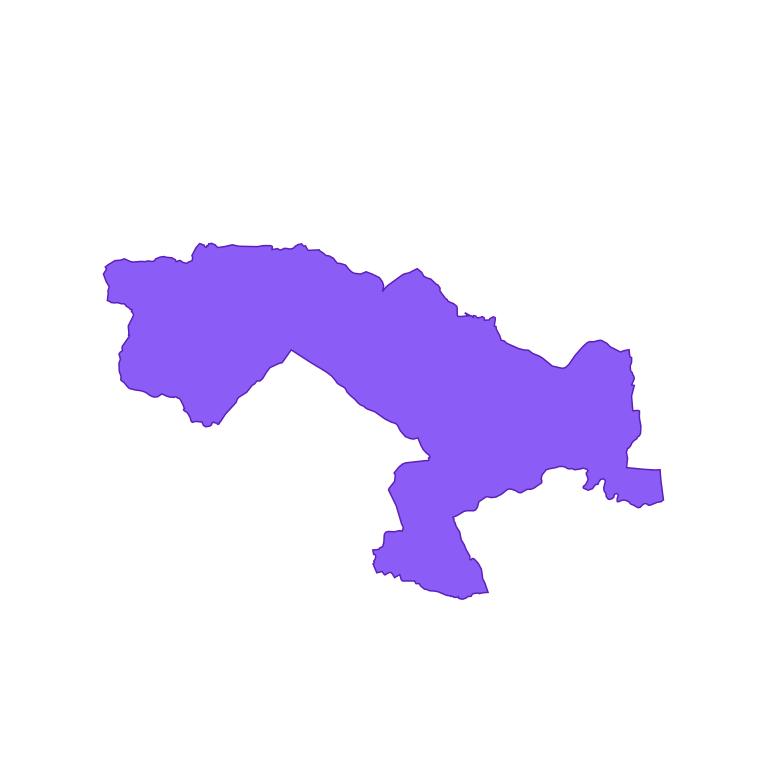 the district of Motru, Gorj, Romania, rotated 303°
{"feature_id": "2599482B51668804441842", "entity_name": "Motru", "entity_type": "district", "adm_level": 2, "iso_a3": "ROU", "parent_name": "Romania", "parent_adm1": "Gorj", "projection": "albers", "projection_center": [22.98, 44.823], "detail": "fine", "context": "isolated", "style": "filled", "palette": "violet", "viewbox_px": 768, "rotation_deg": 303, "n_neighbors": 0, "source": "geoboundaries", "source_scale": "gbopen_adm2", "svg_char_len": 6163}
<svg xmlns="http://www.w3.org/2000/svg" viewBox="0 0 768 768"><g transform="rotate(303 384 384)"><path d="M439.0,681.5L454.1,668.6L462.5,662.2L459.9,658.9L453.6,647.7L446.0,633.0L454.4,628.7L458.7,624.5L462.6,623.3L463.5,624.1L466.3,624.5L469.7,624.0L472.9,624.6L475.7,625.8L477.7,625.5L479.6,626.4L482.4,626.0L488.7,622.3L494.7,616.6L500.5,613.0L500.3,611.6L497.1,607.2L508.7,598.2L519.1,594.7L518.1,592.2L524.8,591.0L526.6,589.2L527.2,587.7L528.6,586.2L529.0,584.4L529.8,583.3L533.2,580.7L537.1,579.8L541.0,577.3L540.8,575.3L546.3,570.8L542.3,566.8L539.6,564.8L538.4,553.2L539.5,548.9L539.0,542.5L538.0,540.9L533.5,536.7L531.5,533.4L529.2,531.9L523.7,530.4L512.0,528.7L501.0,528.4L497.2,527.4L495.5,526.4L494.1,524.6L490.7,515.4L492.1,502.7L491.9,498.5L490.6,492.1L491.0,486.8L488.7,482.6L487.0,477.5L485.0,464.8L485.6,461.2L484.5,458.4L487.6,454.7L491.0,448.6L493.2,446.6L492.7,444.9L499.3,441.9L500.3,440.9L499.8,439.1L496.8,437.3L494.8,437.1L492.2,433.4L494.0,432.1L494.1,429.8L492.2,428.5L490.3,426.1L490.9,423.9L490.4,422.1L489.9,421.7L488.5,422.4L488.7,420.4L488.3,419.2L487.9,413.6L487.6,413.6L487.0,417.4L482.2,411.4L481.1,409.1L481.4,408.1L487.6,404.0L488.9,402.4L489.3,397.9L488.6,395.8L488.4,392.2L489.2,391.0L489.3,388.8L492.2,381.0L493.2,379.6L494.9,378.9L496.4,375.2L496.1,373.5L497.5,366.0L496.3,362.0L496.1,358.5L498.2,354.7L498.8,349.0L490.9,344.5L487.6,341.2L485.5,340.0L468.4,333.4L463.6,332.5L460.6,332.5L465.4,330.7L466.7,329.6L468.9,326.9L470.7,322.1L469.8,314.7L468.4,307.9L463.4,304.5L460.5,298.3L460.4,295.7L461.1,291.9L462.8,287.0L461.3,281.6L459.8,279.0L461.9,273.0L461.6,268.6L460.1,265.0L460.6,263.0L460.7,257.9L461.2,256.6L454.9,247.8L454.9,247.0L457.1,242.9L455.8,241.3L456.7,238.6L454.1,236.0L450.9,234.4L449.0,234.2L447.2,233.0L445.9,231.5L444.2,227.6L442.8,225.9L441.6,225.6L439.8,224.0L439.5,220.8L437.1,218.4L435.9,216.7L438.5,215.5L438.2,213.4L434.3,207.4L430.3,203.1L420.5,187.3L418.1,180.9L413.0,176.1L408.0,170.4L408.3,167.8L408.8,167.0L408.0,162.5L407.0,162.1L406.2,160.6L404.2,161.0L403.4,160.1L401.9,160.6L401.4,159.0L402.6,157.2L402.0,156.6L402.0,154.9L401.3,152.9L395.9,152.1L386.9,153.0L386.1,154.5L383.0,155.9L379.7,153.6L377.8,152.9L376.5,149.4L376.6,145.9L376.0,144.9L373.3,143.1L374.6,141.4L374.3,137.3L371.8,132.6L371.1,130.1L368.7,127.3L364.7,124.4L362.2,124.3L360.6,123.0L358.6,118.9L356.7,117.3L354.6,113.6L349.6,107.1L348.6,104.6L347.6,98.1L344.2,95.4L341.0,91.2L333.6,87.6L330.3,86.5L329.3,88.7L323.4,88.8L318.8,94.9L315.8,100.7L312.0,101.6L309.5,103.5L303.3,106.5L303.9,109.1L303.7,110.6L304.8,113.1L307.3,116.6L308.3,120.2L309.6,122.1L309.7,123.3L308.9,125.3L309.0,128.8L308.4,130.8L309.2,132.1L307.0,132.9L307.1,133.9L305.8,136.1L304.4,136.7L293.4,137.9L287.6,142.4L285.7,143.3L286.0,144.0L285.0,144.4L273.1,144.0L271.6,144.6L269.5,146.5L267.2,145.5L264.8,145.4L261.3,149.4L257.1,150.4L255.5,151.5L250.2,155.3L247.4,159.1L243.9,161.2L243.6,165.5L242.0,170.3L241.6,173.0L243.5,178.6L246.1,184.2L247.0,187.7L247.2,190.4L246.9,193.1L247.3,196.7L248.4,199.2L250.0,201.1L254.7,203.1L255.6,209.0L256.8,212.5L257.8,213.3L257.9,214.6L260.0,216.4L259.9,218.9L260.4,220.3L260.0,221.7L256.5,227.7L254.5,230.1L253.5,229.7L252.8,230.7L252.8,234.8L250.2,239.8L248.1,242.0L247.4,244.1L250.2,246.6L253.0,252.3L251.0,254.9L251.0,257.8L254.0,261.0L255.9,261.6L257.6,260.8L258.3,261.6L259.4,261.8L259.3,263.4L260.2,265.1L259.5,266.3L260.9,267.5L262.7,266.9L263.1,267.4L272.4,267.4L288.0,270.0L291.7,269.2L293.9,269.5L302.2,273.3L311.2,274.2L313.5,275.4L317.3,275.7L319.0,278.3L322.5,279.3L330.2,279.0L335.7,279.5L343.8,284.5L346.5,287.0L362.1,287.6L362.1,309.5L362.7,329.2L362.2,335.5L361.0,340.0L359.2,344.5L359.1,349.0L359.5,351.1L359.1,354.3L357.1,357.4L355.9,362.7L355.3,368.0L354.1,372.0L353.7,375.3L354.3,379.2L353.9,381.2L354.0,383.9L355.7,391.3L355.2,404.1L356.0,410.8L357.2,415.2L356.8,417.7L353.7,423.1L351.5,430.6L352.7,436.3L353.9,438.8L357.3,441.8L352.7,448.3L350.4,452.5L349.1,457.7L349.0,460.3L347.8,462.4L346.1,461.6L345.1,463.0L343.4,462.5L342.7,461.0L329.8,445.3L327.4,443.4L322.9,441.8L314.9,440.9L313.7,443.2L308.1,445.9L299.2,445.1L297.6,445.5L288.6,460.5L276.2,475.0L274.5,478.0L273.5,478.6L270.4,479.4L269.8,477.2L265.8,473.3L262.6,467.8L260.6,466.2L258.0,466.2L251.1,470.1L247.0,471.4L244.0,469.6L242.4,469.7L238.7,465.0L235.5,468.1L235.9,469.8L235.0,471.0L232.4,471.9L229.8,471.9L228.8,473.2L227.1,472.8L221.7,480.8L225.7,484.6L224.6,487.2L224.4,488.8L228.6,490.9L229.7,492.4L229.3,494.5L227.4,498.3L232.7,501.1L229.3,505.0L228.9,506.8L235.4,516.9L234.0,519.5L235.7,522.4L234.6,524.5L234.0,529.2L234.3,530.4L234.9,531.4L235.5,535.0L237.8,539.0L239.3,542.8L240.8,551.4L242.4,555.0L242.2,555.7L243.4,557.1L243.1,558.3L244.0,560.3L245.9,562.3L245.0,563.1L245.4,565.1L246.5,567.3L249.3,569.5L251.3,570.0L253.3,572.6L256.4,572.6L260.1,576.8L260.0,578.0L263.0,580.9L265.9,584.8L272.0,577.0L274.4,572.9L281.7,566.6L284.9,560.8L286.4,554.9L285.8,553.1L283.9,552.6L283.5,551.7L286.4,549.7L290.3,542.3L292.8,539.0L295.5,533.5L301.1,528.1L303.9,522.0L306.3,519.2L307.1,517.2L308.7,516.4L309.8,514.4L313.2,516.8L320.8,520.5L323.0,522.7L326.5,528.2L328.3,529.4L331.4,529.5L336.9,527.7L344.9,531.1L345.9,532.3L347.1,535.8L350.1,539.4L355.4,542.5L362.4,544.8L364.0,545.9L365.3,548.5L366.2,552.3L366.3,556.0L367.3,558.0L373.8,561.6L375.8,564.6L378.4,566.5L387.0,570.0L388.8,569.1L390.2,567.4L393.8,566.1L400.3,566.7L402.9,568.8L407.7,573.9L410.0,575.6L412.1,578.7L412.9,580.5L413.1,584.2L413.7,585.7L415.4,587.5L416.0,590.8L420.3,595.6L421.7,596.5L423.1,600.8L422.2,602.4L419.5,602.1L418.8,602.5L416.3,606.0L414.8,607.3L409.6,607.9L406.9,607.0L405.5,607.5L405.3,608.1L406.1,613.0L409.7,615.8L414.9,616.2L416.5,618.1L419.1,617.5L422.0,617.7L424.1,619.9L423.8,621.5L423.2,622.5L416.7,624.8L414.9,626.2L413.9,627.3L413.1,629.7L410.6,631.7L409.6,634.6L410.1,636.2L412.0,637.7L413.9,638.4L416.9,637.4L418.9,638.8L419.0,639.5L418.4,641.1L414.9,641.9L412.4,643.7L413.3,645.1L416.3,647.0L417.8,649.3L418.6,653.1L417.7,656.4L418.2,658.5L418.6,664.3L420.0,666.0L424.3,666.9L425.8,667.9L426.6,669.6L426.4,671.8L427.2,673.1L434.0,677.9L435.9,680.3L439.0,681.5Z" fill="#8b5cf6" stroke="#5b21b6" stroke-width="1.5"/></g></svg>